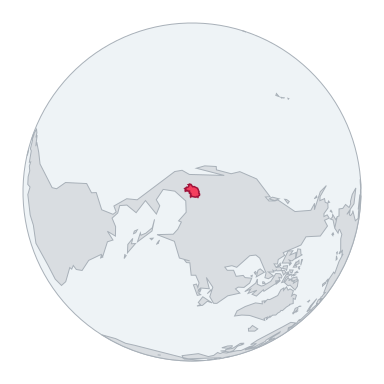 the Earth from above Coahuila, rotated 128°
{"feature_id": "MEX-2708", "entity_name": "Coahuila", "entity_type": "State", "adm_level": 1, "iso_a3": "MEX", "parent_name": "Mexico", "parent_adm1": "", "projection": "orthographic", "projection_center": [-101.519, 27.229], "detail": "fine", "context": "on_globe", "style": "filled", "palette": "rose", "viewbox_px": 384, "rotation_deg": 128, "n_neighbors": 0, "source": "natural_earth", "source_scale": "10m", "svg_char_len": 11286}
<svg xmlns="http://www.w3.org/2000/svg" viewBox="0 0 384 384"><g transform="rotate(128 192 192)"><circle cx="192" cy="192" r="169" fill="#eef3f6" stroke="#a8b0b8"/><path d="M32.9,248.4L33.3,249.6L32.9,248.4ZM258.2,240.5L254.4,239.5L251.1,244.9L237.5,239.3L231.9,230.4L186.5,218.2L181.0,213.2L179.8,204.9L159.1,176.8L170.6,203.2L163.6,198.1L157.0,188.6L159.5,186.4L153.5,172.4L146.5,166.8L141.9,149.1L147.7,127.4L150.7,131.1L151.7,125.9L148.0,121.2L145.4,119.4L144.0,98.8L133.3,87.1L125.4,88.4L130.6,84.6L112.8,91.1L104.2,90.1L116.7,88.3L120.1,85.9L115.6,83.5L118.1,80.7L117.3,78.0L120.8,75.0L127.8,74.7L130.1,72.9L126.8,71.4L128.1,67.8L132.7,70.2L135.4,64.3L147.7,63.8L157.1,74.6L166.7,73.5L183.7,82.8L184.9,80.0L192.1,82.5L196.1,80.3L198.1,83.1L199.7,79.1L197.1,77.0L196.9,74.6L199.0,73.3L201.9,76.5L201.3,77.6L203.3,77.9L203.8,80.1L204.8,78.3L208.0,82.6L208.0,76.5L213.3,78.4L214.6,81.8L210.2,83.8L202.4,98.0L202.4,102.9L206.7,107.3L223.8,110.4L225.5,115.2L231.0,119.9L232.0,116.0L228.1,111.0L231.3,105.3L226.2,100.3L226.8,97.5L223.2,91.9L228.3,90.5L235.2,92.3L238.5,97.0L241.6,98.1L242.2,92.0L251.8,99.9L264.4,103.8L266.4,106.4L263.6,113.5L254.2,117.0L250.5,128.1L257.6,118.8L262.4,126.2L265.2,126.7L267.6,125.4L267.6,121.9L270.2,124.2L264.3,133.7L261.8,131.8L263.7,128.6L259.3,130.5L255.3,137.8L258.1,141.4L249.1,150.1L251.0,152.9L250.1,156.7L247.7,151.4L251.8,161.3L241.7,175.5L247.1,193.3L236.8,180.8L230.0,180.3L222.2,181.9L223.0,184.8L211.6,184.1L202.9,191.4L201.9,206.0L207.7,216.3L220.1,215.4L222.7,208.9L231.3,206.5L227.4,223.4L242.7,223.3L242.4,235.3L247.2,240.6L254.3,237.6L261.8,238.9L266.3,230.9L273.9,225.2L275.0,234.5L278.5,224.7L283.3,228.0L297.9,222.6L297.0,225.1L309.5,231.3L321.5,230.3L324.3,235.5L323.0,240.3L326.8,239.3L326.8,241.8L340.4,236.3L346.0,237.3L344.9,246.1L338.4,260.3L328.5,283.4L315.8,296.6L309.8,305.3L295.1,319.8L287.8,322.7L287.1,326.1L280.7,330.6L275.2,332.9L271.8,336.1L267.6,337.6L268.7,338.5L258.5,344.0L257.5,345.9L249.3,349.6L248.8,350.4L246.9,350.9L244.0,351.9L242.6,352.6L238.3,353.1L240.8,350.7L245.1,348.6L242.6,349.0L252.1,343.3L248.3,345.0L255.1,337.2L263.5,329.0L274.7,304.9L272.8,300.7L262.4,297.5L250.2,280.2L254.5,270.7L251.4,267.1L261.6,252.2L258.2,240.5ZM62.4,186.1L63.2,182.2L64.3,185.4L62.4,186.1ZM62.7,179.4L62.6,180.8L62.4,179.6L62.7,179.4ZM61.8,178.2L62.4,179.1L61.6,178.5L61.8,178.2ZM60.6,177.0L61.3,177.5L61.2,177.6L60.6,177.0ZM247.4,199.5L264.8,204.3L256.0,207.5L257.5,205.6L252.9,203.0L244.6,201.3L236.6,204.7L247.4,199.5ZM59.1,174.1L58.8,173.2L59.6,173.3L59.1,174.1ZM252.7,188.1L249.8,188.0L252.5,187.3L252.7,188.1ZM143.8,119.2L147.7,121.5L150.1,127.0L146.5,125.4L143.8,119.2ZM139.6,109.5L142.1,109.4L140.7,114.5L139.7,112.9L139.6,109.5ZM119.3,90.3L122.0,91.5L118.5,91.4L119.3,90.3ZM116.6,78.2L115.1,78.9L115.4,77.3L116.6,78.2ZM220.6,93.2L221.9,92.6L221.9,93.9L220.6,93.2ZM217.9,91.4L217.0,93.4L215.5,92.9L216.1,91.7L217.9,91.4ZM120.8,71.3L121.8,68.8L122.0,71.3L120.8,71.3ZM219.3,89.1L213.1,91.8L210.6,90.9L210.7,85.6L219.3,89.1ZM123.1,67.3L125.3,61.6L122.0,62.4L132.6,57.3L127.2,63.6L128.1,66.4L125.6,65.8L123.1,67.3ZM195.3,76.9L198.2,79.1L193.8,78.6L195.3,76.9ZM192.5,77.2L179.4,79.9L176.2,76.3L181.3,76.0L175.6,72.8L180.5,69.7L184.8,70.8L185.8,73.6L186.9,70.3L192.5,77.2ZM138.1,55.7L139.6,54.4L139.3,55.7L138.1,55.7ZM196.4,73.6L194.1,74.3L191.2,71.3L195.4,69.3L195.0,70.9L196.4,73.6ZM171.7,73.6L170.3,71.1L173.9,67.9L173.8,66.6L180.4,69.3L171.7,73.6ZM196.7,71.0L197.6,68.5L201.0,68.8L198.6,72.8L196.7,71.0ZM188.6,71.4L187.5,69.9L189.5,70.0L188.6,71.4ZM213.3,69.1L210.5,69.7L208.8,68.1L213.3,69.1ZM197.8,67.5L196.6,67.4L195.6,67.0L196.9,65.5L197.8,67.5ZM182.5,67.0L184.3,66.3L180.0,65.7L182.5,63.5L186.4,65.8L185.8,63.9L186.6,63.2L188.9,65.9L182.5,67.0ZM195.1,62.6L201.0,65.2L206.5,64.3L208.2,65.6L199.0,67.0L195.1,62.6ZM191.3,64.3L194.0,63.5L194.8,65.4L193.3,67.1L191.3,64.3ZM182.8,61.2L177.9,64.0L177.2,63.4L182.8,61.2ZM196.6,61.9L195.2,61.4L196.9,61.7L196.6,61.9ZM186.9,61.0L185.3,61.9L184.5,61.3L186.9,61.0ZM193.6,59.5L195.5,60.3L194.6,61.4L193.6,59.5ZM190.4,59.8L189.8,58.7L193.1,61.3L189.8,60.4L190.4,59.8ZM186.5,60.2L185.5,60.1L187.3,59.9L186.5,60.2ZM196.1,55.1L200.5,58.1L198.4,60.4L194.4,57.1L196.1,55.1ZM244.5,352.4L238.1,353.4L242.2,352.8L247.7,350.8L250.0,350.5L244.5,352.4ZM259.5,346.6L264.3,344.4L264.7,344.4L261.5,345.9L259.5,346.6ZM299.9,62.0L299.2,61.9L302.8,64.8L303.5,65.1L307.1,68.3L305.2,67.7L311.4,75.1L325.7,92.2L328.0,97.1L327.0,99.0L315.4,87.4L311.6,77.8L307.4,74.3L302.7,73.0L302.0,70.4L299.6,69.0L297.6,65.7L289.4,58.9L286.6,55.7L278.2,51.4L275.6,49.4L281.3,52.4L283.8,53.1L276.1,46.5L273.1,44.7L268.2,42.7L266.7,41.4L263.0,40.3L256.1,36.7L261.4,40.5L255.9,38.9L248.9,36.2L248.0,36.5L259.4,41.1L263.1,42.4L264.8,42.3L275.7,47.5L279.4,50.2L271.7,48.0L276.1,51.9L268.1,49.1L242.1,37.4L233.9,33.9L231.4,29.7L236.3,30.7L239.6,32.5L241.3,31.6L238.9,31.3L237.6,30.5L232.0,29.4L230.8,28.8L227.4,29.0L225.4,28.2L227.6,28.1L217.5,26.6L211.9,25.3L210.2,25.3L209.9,25.6L202.9,24.2L202.0,24.3L203.9,24.7L203.2,25.3L199.3,26.0L197.1,25.4L198.2,25.1L197.2,24.0L200.5,23.6L199.2,23.5L195.8,23.7L197.0,25.1L195.3,25.7L194.0,24.9L194.4,25.2L192.8,25.4L189.2,25.1L190.3,26.1L176.3,30.4L167.9,31.0L168.3,29.4L156.2,33.4L147.7,34.8L149.5,35.0L144.9,37.8L147.5,37.3L148.0,37.7L137.4,45.9L133.2,47.8L130.6,52.6L131.5,52.9L134.5,51.6L132.6,57.3L122.0,62.4L120.4,61.4L114.8,65.7L112.1,63.1L107.3,63.3L107.5,58.7L103.6,59.7L101.9,61.3L95.3,64.2L87.9,65.4L101.6,57.1L114.3,56.2L109.8,55.7L113.1,53.8L112.9,52.5L109.5,52.6L107.7,53.8L114.1,45.6L110.5,44.8L105.2,48.5L99.9,51.7L91.2,56.5L91.3,56.3L101.1,49.6L111.3,43.6L121.9,38.3L132.8,33.8L144.0,30.0L155.5,27.0L167.1,24.9L178.8,23.6L190.7,23.0L202.5,23.4L214.3,24.5L225.9,26.5L237.4,29.3L248.7,32.8L259.7,37.2L270.4,42.3L280.7,48.2L290.5,54.7L299.9,62.0ZM360.1,175.4L359.7,174.3L354.5,161.8L352.1,151.2L348.1,142.8L328.5,98.1L328.3,95.2L317.4,78.8L316.7,78.0L317.1,78.4L324.8,87.5L331.9,97.2L338.3,107.4L343.9,118.0L348.8,129.0L352.8,140.2L356.1,151.8L358.5,163.5L360.1,175.4ZM339.8,116.2L341.5,118.8L339.8,116.2ZM298.3,222.3L300.2,223.4L298.0,224.4L298.3,222.3ZM255.4,211.8L258.8,211.3L260.8,212.4L258.3,213.4L255.4,211.8ZM282.6,204.7L286.2,204.5L282.7,206.4L282.6,204.7ZM267.4,204.8L279.7,205.4L272.8,210.3L265.0,210.1L270.1,207.9L267.4,204.8ZM252.3,194.2L254.6,194.4L254.3,196.4L252.3,194.2ZM254.7,187.7L253.9,188.0L252.6,186.7L254.7,187.7ZM262.7,125.6L263.3,124.9L266.1,124.2L265.3,126.0L262.7,125.6ZM274.8,113.9L278.8,117.9L275.5,116.1L275.2,119.0L267.9,119.0L267.0,107.8L268.7,112.7L274.8,113.9ZM257.9,116.5L262.7,117.4L257.5,116.9L257.9,116.5ZM288.4,65.7L289.5,65.0L292.9,67.3L296.4,72.6L291.5,69.2L288.4,65.7ZM290.2,63.7L281.5,60.7L279.0,57.8L281.9,59.8L281.1,58.2L285.5,61.2L291.6,61.7L295.0,63.9L299.7,71.7L296.3,67.7L295.4,68.4L290.2,63.7ZM263.8,62.5L260.0,62.2L259.4,55.9L263.0,56.9L266.8,61.8L264.7,63.6L263.8,62.5ZM220.7,79.8L219.3,81.0L218.5,80.0L219.0,78.2L220.7,79.8ZM212.1,69.5L226.0,74.2L225.1,75.6L234.4,77.2L235.6,81.7L229.5,80.4L237.4,85.4L232.4,86.0L238.0,89.1L224.5,85.7L220.3,86.9L224.5,83.8L223.5,79.6L221.8,78.1L214.0,74.9L204.6,75.7L202.1,72.1L202.9,69.3L204.7,68.5L205.8,71.0L207.6,68.2L210.5,71.3L212.1,69.5ZM213.1,44.6L213.5,46.8L217.6,43.6L220.5,45.9L220.8,45.4L224.6,46.8L229.8,47.7L230.5,49.0L232.2,48.9L234.7,49.9L237.3,50.2L239.5,52.7L242.8,53.4L241.9,54.2L247.1,54.8L244.2,55.6L247.3,57.3L248.4,55.6L253.8,70.6L258.3,77.0L263.5,82.1L257.9,83.3L249.4,79.5L240.3,73.7L236.8,67.7L234.9,69.6L232.7,67.4L235.1,66.8L230.1,66.4L228.9,64.5L220.8,60.7L214.2,61.8L211.1,60.6L213.1,59.3L208.6,59.1L210.2,55.9L208.0,55.1L207.4,51.3L212.6,49.5L209.7,48.7L209.1,46.1L213.1,44.6ZM196.1,54.0L201.6,50.8L205.8,50.6L205.0,57.4L206.8,58.6L206.4,63.4L200.2,63.6L200.9,62.2L200.1,60.9L202.4,61.3L200.0,60.0L200.8,58.1L199.2,56.6L201.4,55.9L196.1,54.0ZM312.2,73.9L310.9,72.4L314.1,75.4L315.1,76.7L312.2,73.9ZM307.4,69.3L310.6,72.1L309.5,71.3L307.4,69.3ZM279.8,51.2L278.1,49.8L279.0,50.1L281.2,51.4L279.8,51.2ZM225.8,37.3L225.4,38.2L224.2,37.9L220.1,39.0L217.7,37.6L219.1,36.5L225.8,37.3ZM222.4,36.0L221.1,36.5L220.7,35.5L222.4,36.0ZM215.6,36.8L214.7,35.6L216.9,37.6L215.6,36.8ZM199.2,28.0L207.6,27.7L212.0,27.3L211.9,26.4L215.7,27.8L208.9,28.5L199.2,28.0ZM179.4,30.0L179.5,31.3L177.0,31.2L176.7,30.9L179.4,30.0ZM181.1,30.4L185.8,31.2L184.3,32.3L180.9,31.4L181.1,30.4ZM204.4,32.6L207.0,32.5L207.3,33.3L204.4,32.6ZM33.0,249.2L33.9,251.6L33.8,251.2L33.0,249.2ZM33.3,249.6L32.6,248.0L32.9,248.4L33.3,249.6ZM82.0,63.7L86.1,60.6L81.0,65.2L78.7,67.1L78.5,66.9L81.2,64.5L82.0,63.7ZM85.9,61.1L88.6,58.8L101.9,50.7L103.4,50.3L90.6,58.2L92.4,56.5L90.0,57.9L85.9,61.1ZM138.1,54.3L139.5,54.4L137.6,55.2L138.1,54.3ZM149.6,37.5L149.9,38.1L147.7,38.8L149.6,37.5ZM149.8,40.5L152.0,39.2L150.6,40.8L149.8,40.5ZM156.8,36.6L153.3,38.9L155.4,36.4L156.8,36.6Z" fill="#d9dde1" stroke="#a8b0b8" stroke-width="1"/><path d="M190.0,184.1L190.1,184.3L190.4,184.3L190.5,184.4L190.8,184.4L191.0,184.4L191.3,184.4L191.7,184.5L191.8,184.5L191.9,184.4L192.0,184.4L191.9,184.5L192.0,184.5L192.1,184.4L192.1,184.5L192.3,184.5L192.4,184.8L192.5,184.9L192.5,185.0L192.7,184.9L192.8,185.0L192.9,185.3L193.0,185.3L193.3,185.5L193.6,185.8L193.8,186.0L193.9,186.3L194.1,186.4L194.2,186.5L194.3,186.8L194.3,187.0L194.5,187.2L194.5,187.3L194.7,187.6L194.8,187.8L194.9,188.0L195.0,188.2L195.0,188.3L195.1,188.5L195.2,188.8L195.3,188.9L195.3,189.0L195.5,189.1L195.8,189.3L195.9,189.5L196.0,189.6L196.1,189.8L196.2,190.0L196.3,190.0L196.2,190.1L196.3,190.1L196.3,190.3L196.5,190.4L196.1,190.8L196.0,190.7L195.5,190.3L195.4,190.4L195.2,190.5L195.0,190.8L194.9,191.4L194.8,191.5L194.7,191.6L194.3,191.7L194.2,191.8L193.9,192.0L193.9,192.5L194.0,192.5L194.2,192.4L194.3,192.4L194.3,192.5L194.5,192.5L194.5,193.0L194.5,193.4L194.4,193.5L194.2,193.7L194.1,193.8L194.0,193.5L192.8,194.5L193.0,194.7L193.1,194.8L193.2,195.0L193.3,195.2L193.5,195.3L193.6,195.5L193.8,195.7L193.8,195.8L193.8,196.0L193.8,196.3L193.9,196.5L194.0,196.6L194.3,196.8L194.5,196.9L194.5,197.0L194.3,197.0L194.2,197.0L194.3,197.1L194.5,197.3L194.8,197.5L195.0,197.5L195.3,197.6L195.5,197.7L195.4,197.8L195.3,198.0L195.2,197.9L195.2,198.0L194.9,198.0L194.7,197.9L194.3,197.9L194.1,198.0L193.9,198.2L193.9,198.3L193.9,198.5L194.0,198.5L193.9,198.8L194.0,199.1L194.0,199.3L193.9,199.7L193.9,199.8L193.6,199.7L193.4,199.7L193.2,199.7L193.0,199.4L192.9,199.3L192.9,199.2L192.7,199.1L192.3,199.3L192.2,199.3L191.7,199.3L191.7,199.2L191.9,199.1L191.8,198.9L191.7,198.9L191.4,198.8L191.3,198.7L191.2,198.5L191.1,198.4L190.3,198.1L190.2,198.1L189.2,198.2L189.0,198.3L188.9,198.3L188.7,198.6L188.6,198.8L188.5,199.4L188.3,199.2L188.1,199.1L187.7,199.0L187.5,198.9L187.4,198.9L187.4,198.7L187.4,198.4L187.2,198.3L187.1,198.2L186.9,198.0L186.9,197.9L186.7,197.7L186.8,197.4L186.9,197.2L186.8,196.9L187.0,196.8L187.1,196.7L187.2,196.4L187.2,196.1L187.2,195.5L187.2,195.4L187.2,195.2L187.3,194.8L187.4,194.7L187.2,194.4L187.0,194.2L186.4,193.7L185.8,190.7L185.6,189.9L186.0,189.3L186.5,188.3L187.2,187.1L187.4,186.7L187.6,186.7L187.7,186.8L187.8,186.8L187.9,186.7L188.0,186.5L188.1,186.4L188.2,186.2L188.3,186.2L188.5,186.1L188.4,186.0L188.5,185.9L188.5,185.7L188.6,185.4L188.7,185.2L188.8,185.1L188.9,184.9L189.0,184.7L189.3,184.5L189.5,184.5L189.8,184.4L189.8,184.2L190.0,184.1Z" fill="#f43f5e" stroke="#9f1239" stroke-width="1.5"/></g></svg>